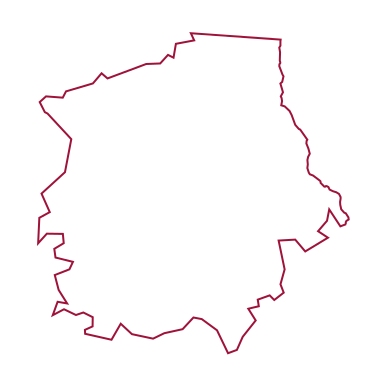 Blount, Tennessee, United States of America (Mercator projection), rotated 274°
{"feature_id": "52423323B92517842712244", "entity_name": "Blount", "entity_type": "district", "adm_level": 2, "iso_a3": "USA", "parent_name": "United States of America", "parent_adm1": "Tennessee", "projection": "mercator", "projection_center": [-83.924, 35.674], "detail": "fine", "context": "isolated", "style": "outline", "palette": "rose", "viewbox_px": 384, "rotation_deg": 274, "n_neighbors": 0, "source": "geoboundaries", "source_scale": "gbopen_adm2", "svg_char_len": 1697}
<svg xmlns="http://www.w3.org/2000/svg" viewBox="0 0 384 384"><g transform="rotate(274 192 192)"><path d="M47.0,94.8L43.1,95.3L39.0,122.0L55.6,130.1L46.0,142.0L43.0,163.4L49.2,174.2L54.5,192.2L66.9,202.2L65.9,210.6L55.8,226.6L33.7,239.2L37.6,247.8L51.1,252.7L68.3,264.5L79.5,256.3L82.7,266.6L89.2,265.1L94.3,276.7L90.0,281.6L98.0,290.5L106.1,286.7L121.3,289.8L149.6,281.8L151.7,298.3L140.6,309.1L155.9,330.8L161.7,320.5L172.7,328.7L184.2,330.1L168.1,342.4L170.6,347.9L170.6,347.6L172.6,347.5L174.0,348.1L175.5,350.2L177.6,349.8L181.5,346.9L182.0,345.3L185.1,342.1L189.5,340.8L192.4,340.4L195.6,340.7L197.3,340.6L200.3,338.8L201.8,336.0L202.6,332.6L204.0,329.1L206.5,327.7L207.2,326.1L207.3,325.3L206.6,324.5L206.6,323.6L210.0,319.7L211.6,319.4L212.2,318.8L216.9,311.6L217.9,308.3L219.4,307.2L223.9,305.4L227.6,305.6L232.0,304.9L235.2,305.4L238.4,306.8L243.4,305.1L248.4,302.7L251.1,302.8L252.2,303.4L261.8,295.6L262.4,294.1L266.2,290.3L275.6,286.1L279.6,283.7L283.9,278.5L284.7,275.0L289.0,275.5L292.0,274.8L293.6,273.9L297.8,275.8L306.4,272.6L308.1,274.3L313.8,275.2L315.4,274.1L323.6,270.3L325.6,270.3L326.6,271.0L327.5,271.0L329.2,270.4L337.5,270.1L342.2,269.0L344.1,270.0L348.2,269.7L350.2,269.8L350.3,179.8L343.4,183.6L338.7,165.6L324.7,164.2L327.1,158.5L318.0,151.3L316.5,137.4L299.4,99.8L304.1,93.5L293.4,85.6L283.6,59.3L277.1,56.5L277.2,39.7L271.1,33.8L261.4,39.6L260.2,42.4L236.3,67.9L202.9,63.9L179.9,42.0L162.0,51.5L155.6,41.5L130.1,42.1L140.3,50.1L141.2,66.1L132.0,67.6L125.7,58.6L117.1,60.4L114.0,78.1L106.3,75.1L99.6,60.9L85.0,65.8L72.1,75.2L73.1,65.6L59.4,61.7L66.1,72.5L61.2,84.8L64.2,92.0L60.2,101.7L51.0,102.2L47.0,94.8Z" fill="none" stroke="#9f1239" stroke-width="2"/></g></svg>